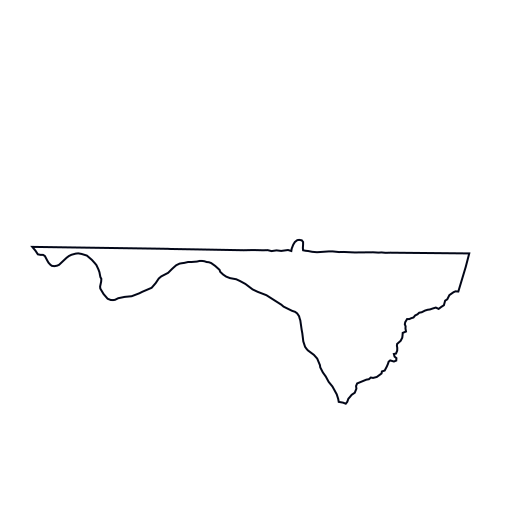 the district of São Pedro da Água Branca, Maranhão, Brazil, rotated 39°
{"feature_id": "56859067B57838857219680", "entity_name": "São Pedro da Água Branca", "entity_type": "district", "adm_level": 2, "iso_a3": "BRA", "parent_name": "Brazil", "parent_adm1": "Maranhão", "projection": "albers", "projection_center": [-48.406, -5.139], "detail": "fine", "context": "isolated", "style": "outline", "palette": "ink", "viewbox_px": 512, "rotation_deg": 39, "n_neighbors": 0, "source": "geoboundaries", "source_scale": "gbopen_adm2", "svg_char_len": 2593}
<svg xmlns="http://www.w3.org/2000/svg" viewBox="0 0 512 512"><g transform="rotate(39 256 256)"><path d="M268.4,238.7L265.0,242.4L261.4,244.1L257.9,247.1L250.1,253.1L242.9,259.2L206.9,287.3L185.2,304.3L183.1,305.8L172.9,313.8L76.4,389.7L81.4,390.7L85.4,392.0L87.7,390.8L89.9,389.1L92.0,388.9L96.4,390.8L99.0,391.8L101.8,392.2L103.6,392.1L105.7,390.8L107.5,388.7L108.5,386.8L109.9,376.6L110.6,373.8L111.8,371.2L114.4,367.6L116.2,365.8L119.1,364.2L124.3,362.1L130.9,362.3L135.3,363.0L137.7,363.5L142.0,365.6L144.5,367.1L148.3,370.3L150.2,371.1L151.8,373.4L154.1,377.9L155.5,379.3L161.5,381.5L167.6,382.6L170.8,381.6L172.7,380.2L174.0,378.8L175.5,375.5L179.7,370.4L184.7,365.5L188.8,358.4L190.2,355.3L194.9,346.4L195.1,340.2L194.6,334.7L195.2,331.5L198.3,324.4L198.9,318.9L199.2,316.9L199.8,313.4L201.4,310.0L202.9,308.3L204.6,306.5L207.0,303.4L209.4,301.5L211.8,299.2L213.6,297.5L215.3,295.3L217.0,293.9L219.1,292.6L221.5,291.7L223.3,290.5L225.6,289.7L230.5,289.4L236.4,289.7L238.1,290.8L242.1,291.1L245.8,290.8L249.6,289.6L255.3,286.5L259.4,285.5L265.3,284.4L274.4,284.1L279.8,282.8L288.8,279.9L306.5,277.9L309.2,278.0L312.4,277.3L318.6,275.9L321.5,274.8L324.1,274.7L327.4,275.7L329.0,276.9L331.0,278.2L337.8,284.5L340.6,286.9L346.5,292.6L351.3,295.7L353.9,296.4L355.7,296.7L363.2,296.4L368.1,297.2L374.4,300.6L376.0,302.1L381.2,304.4L386.2,305.8L391.7,308.1L397.5,309.3L405.8,312.7L409.9,315.4L412.1,317.3L415.9,315.2L418.7,314.3L418.7,311.9L417.6,308.8L417.7,306.7L417.7,303.7L418.8,300.1L417.5,295.9L415.6,294.1L414.8,291.4L419.6,282.6L421.3,280.7L421.7,278.2L423.7,277.1L426.0,274.0L427.5,268.3L426.5,266.5L428.1,264.0L427.2,259.5L426.4,256.7L425.6,254.7L426.0,252.7L429.6,251.2L430.8,249.0L429.4,247.0L427.0,247.0L424.8,245.4L426.2,243.7L425.3,240.7L423.6,238.5L422.0,237.1L421.0,235.5L421.8,230.9L421.1,227.5L420.0,225.7L418.4,223.4L420.1,220.3L417.8,218.3L416.5,216.5L414.6,215.4L413.6,213.5L413.1,209.9L414.8,208.6L415.8,206.6L417.1,204.7L417.1,202.0L418.2,199.7L418.5,197.4L420.2,195.4L421.7,192.0L423.2,189.8L424.8,188.1L426.3,185.7L428.2,182.9L431.2,182.2L432.1,178.7L433.0,176.0L431.1,171.7L431.9,169.3L430.9,164.7L432.3,159.8L433.3,157.9L435.6,156.3L425.9,132.6L420.1,119.8L358.3,168.9L354.7,172.0L351.2,174.3L349.2,176.2L344.7,179.4L330.4,191.2L321.7,197.6L317.9,200.8L312.8,204.1L309.8,206.5L303.6,212.3L301.0,214.7L297.0,217.4L293.4,219.3L291.3,220.7L289.0,221.9L287.4,220.3L285.4,217.5L283.8,215.5L281.7,215.0L279.4,216.3L278.1,217.7L277.4,220.7L277.8,223.7L279.1,227.8L280.3,229.9L277.1,231.2L272.4,236.2L268.4,238.7Z" fill="none" stroke="#020617" stroke-width="2"/></g></svg>